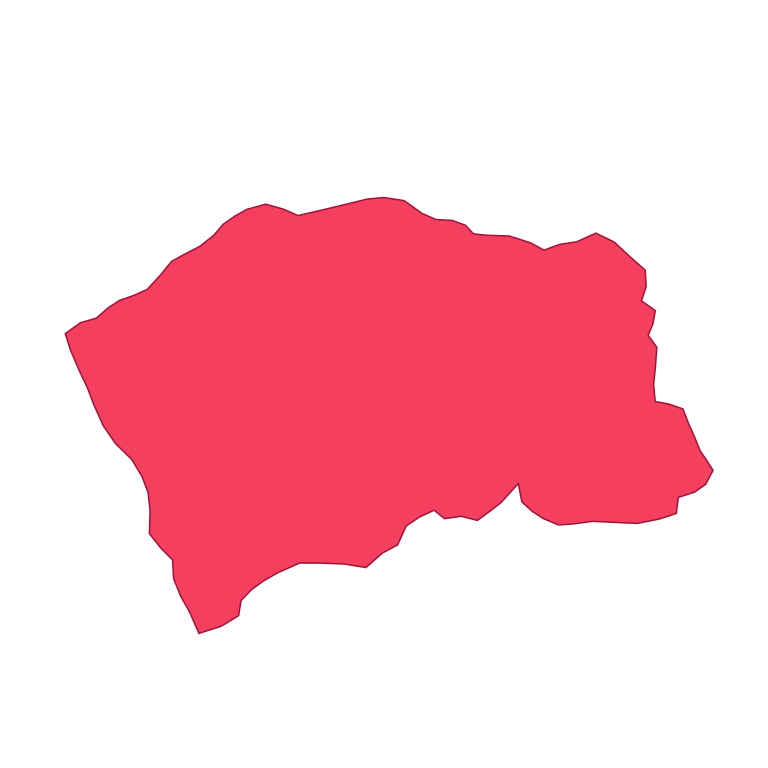 the district of Igarapé, Minas Gerais, Brazil, rotated 74°
{"feature_id": "56859067B24887316666263", "entity_name": "Igarapé", "entity_type": "district", "adm_level": 2, "iso_a3": "BRA", "parent_name": "Brazil", "parent_adm1": "Minas Gerais", "projection": "robinson", "projection_center": [-44.318, -20.058], "detail": "fine", "context": "isolated", "style": "filled", "palette": "rose", "viewbox_px": 768, "rotation_deg": 74, "n_neighbors": 0, "source": "geoboundaries", "source_scale": "gbopen_adm2", "svg_char_len": 1439}
<svg xmlns="http://www.w3.org/2000/svg" viewBox="0 0 768 768"><g transform="rotate(74 384 384)"><path d="M572.7,630.7L572.0,607.2L566.6,587.6L552.8,581.1L545.3,568.3L540.2,554.5L536.1,538.0L532.9,514.3L537.8,497.2L546.0,472.0L555.5,451.9L546.0,432.0L542.4,415.2L526.6,401.8L521.7,386.7L519.1,370.7L530.2,362.9L532.4,346.4L540.9,331.8L535.3,316.7L530.2,304.1L516.7,282.3L535.3,284.0L547.2,276.7L557.2,268.0L567.6,255.1L570.8,240.0L573.5,221.3L581.5,197.8L587.8,179.0L589.7,156.9L589.0,138.7L574.2,132.3L573.5,115.2L569.1,102.4L557.7,91.5L546.5,94.8L535.4,98.5L520.3,100.1L506.2,102.1L490.4,103.5L481.7,115.8L475.6,128.1L458.9,125.0L441.4,118.0L423.9,111.6L410.1,116.6L400.1,108.8L388.2,102.9L375.1,113.6L362.7,105.2L346.7,101.5L328.5,113.0L311.0,123.6L297.4,138.7L300.4,159.7L298.2,176.8L299.4,193.3L288.7,204.2L276.3,222.7L269.5,243.7L264.4,256.5L253.7,262.1L245.7,273.1L240.2,288.7L230.7,300.2L213.2,314.2L204.7,332.7L201.6,349.2L200.8,369.9L199.6,396.7L198.4,420.2L188.2,432.5L178.5,448.2L178.3,467.8L181.4,480.7L186.0,494.4L194.0,506.4L200.8,522.9L204.5,541.1L207.6,554.5L217.6,568.8L227.8,585.6L230.0,601.3L230.7,615.0L234.6,627.9L241.4,642.4L241.4,658.9L247.7,676.5L265.7,676.0L289.5,672.9L306.2,670.1L323.4,668.7L346.7,665.4L367.1,658.6L387.3,647.2L406.4,642.1L423.2,640.7L441.4,643.8L463.2,650.8L480.7,643.5L494.8,635.7L513.0,639.9L532.2,637.9L549.6,633.7L572.7,630.7Z" fill="#f43f5e" stroke="#9f1239" stroke-width="1.5"/></g></svg>